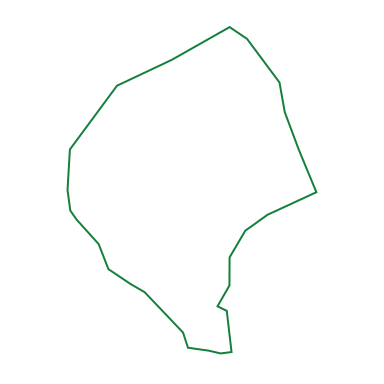 outline of Ix xet, Dornogovi, Mongolia, rotated 177°
{"feature_id": "93677404B2530433176866", "entity_name": "Ix xet", "entity_type": "district", "adm_level": 2, "iso_a3": "MNG", "parent_name": "Mongolia", "parent_adm1": "Dornogovi", "projection": "robinson", "projection_center": [110.14, 46.159], "detail": "fine", "context": "isolated", "style": "outline", "palette": "green", "viewbox_px": 384, "rotation_deg": 177, "n_neighbors": 0, "source": "geoboundaries", "source_scale": "gbopen_adm2", "svg_char_len": 512}
<svg xmlns="http://www.w3.org/2000/svg" viewBox="0 0 384 384"><g transform="rotate(177 192 192)"><path d="M145.8,354.7L205.4,325.0L261.3,302.1L311.7,240.9L316.2,200.5L314.5,179.8L308.7,170.5L287.9,144.8L279.5,119.3L258.0,103.2L244.5,94.4L208.3,52.1L204.7,38.7L204.2,36.7L183.7,32.7L171.9,29.3L160.9,30.1L163.5,71.5L172.5,76.5L159.5,96.7L157.9,124.7L140.8,150.6L134.0,154.9L117.8,165.3L67.8,185.3L83.1,228.5L95.2,267.0L98.9,296.8L129.0,342.0L145.8,354.7Z" fill="none" stroke="#15803d" stroke-width="2"/></g></svg>